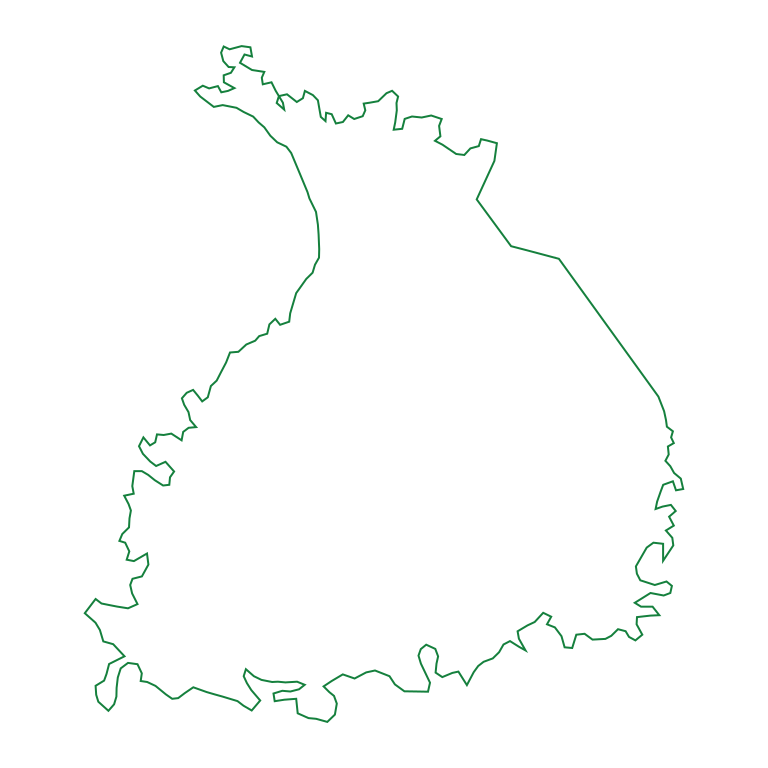 Nova Cantu, Paraná, Brazil (Mercator projection)
{"feature_id": "56859067B67973694135820", "entity_name": "Nova Cantu", "entity_type": "district", "adm_level": 2, "iso_a3": "BRA", "parent_name": "Brazil", "parent_adm1": "Paraná", "projection": "mercator", "projection_center": [-52.583, -24.632], "detail": "fine", "context": "isolated", "style": "outline", "palette": "green", "viewbox_px": 768, "rotation_deg": 0, "n_neighbors": 0, "source": "geoboundaries", "source_scale": "gbopen_adm2", "svg_char_len": 4199}
<svg xmlns="http://www.w3.org/2000/svg" viewBox="0 0 768 768"><path d="M428.0,691.7L430.0,682.7L420.9,663.6L418.5,655.6L420.8,649.1L426.2,644.7L435.3,648.9L438.1,656.4L436.5,663.6L435.6,672.6L442.3,677.1L452.4,672.9L458.4,671.6L466.9,685.1L473.7,672.2L478.2,666.0L483.6,661.8L492.8,658.4L499.1,652.2L503.5,644.5L510.0,641.1L519.2,646.9L525.5,650.4L518.9,638.7L517.6,631.3L527.5,625.4L534.7,622.0L543.2,612.8L551.2,616.7L547.0,624.3L554.9,627.4L561.5,636.2L564.6,647.3L572.2,648.0L576.3,634.7L584.6,633.8L592.5,639.6L605.4,638.9L611.3,635.8L618.0,629.2L625.6,631.2L629.0,636.9L635.4,640.4L642.3,634.7L636.6,624.3L637.0,617.1L650.5,615.6L659.3,615.2L652.6,606.7L641.1,606.7L634.8,602.8L650.5,593.0L663.7,595.5L670.3,593.0L671.9,585.9L666.5,581.5L654.8,585.0L640.3,580.3L636.9,573.7L635.9,566.4L646.7,547.6L653.4,542.7L663.1,543.8L663.1,560.8L673.3,545.4L672.3,537.8L665.9,530.5L673.8,525.6L669.1,516.7L675.7,511.0L670.9,504.9L662.5,506.6L655.6,509.0L657.1,501.7L660.6,491.7L663.2,484.8L672.9,481.3L676.0,490.3L683.2,489.0L680.8,478.6L674.1,473.0L670.3,466.2L665.4,460.8L668.7,454.5L667.9,446.5L673.8,443.1L671.1,437.4L672.9,431.3L666.9,426.7L666.0,420.1L664.1,411.2L658.4,396.6L558.9,258.8L523.9,249.5L511.1,246.2L476.7,199.4L494.4,160.9L496.9,143.2L487.0,140.5L481.0,139.2L478.8,146.1L470.4,148.4L464.3,155.0L456.2,154.0L442.5,144.7L435.0,140.8L440.4,136.3L439.1,125.9L441.7,119.0L431.2,115.5L421.7,117.5L412.0,116.5L404.7,118.9L402.2,128.8L393.7,129.7L395.2,122.4L396.8,110.3L396.5,103.0L398.1,96.5L392.1,90.8L386.5,93.2L378.2,101.2L369.7,102.7L363.7,103.6L365.3,110.3L362.7,116.2L354.2,119.0L348.2,115.3L342.9,122.0L335.9,123.5L331.7,114.2L326.1,112.8L325.5,121.1L320.8,116.9L319.2,107.8L317.9,100.3L312.9,95.1L304.9,90.9L302.9,98.2L296.8,102.0L287.0,94.3L278.9,96.1L275.7,90.8L271.5,82.3L262.8,84.3L261.8,77.7L264.3,71.9L252.0,70.0L240.0,62.8L244.5,54.5L252.0,56.5L250.4,47.3L241.6,46.1L229.6,49.3L223.7,46.5L221.1,52.7L223.3,61.1L228.6,67.0L234.4,67.3L230.9,72.8L223.7,75.3L223.9,82.3L234.4,88.1L228.0,90.9L221.3,92.3L217.9,86.1L209.1,88.4L202.8,85.7L194.9,90.5L200.2,96.5L213.8,106.9L222.7,105.1L236.5,107.8L243.7,112.0L253.2,116.6L258.6,122.4L264.3,127.3L270.3,135.7L277.2,142.3L286.4,146.7L291.2,153.0L300.9,176.2L307.5,192.1L309.4,198.4L316.0,211.9L317.9,224.7L318.6,234.5L319.2,249.1L319.0,257.7L315.0,264.7L312.6,272.7L306.3,278.9L296.2,293.1L290.2,313.3L289.2,321.7L280.1,324.8L275.3,318.8L269.4,324.4L267.2,333.7L259.2,336.1L255.2,340.7L246.3,344.5L238.4,351.8L230.0,352.5L226.1,362.5L221.1,372.0L216.7,380.6L210.9,386.0L207.8,397.3L202.2,401.4L198.0,395.9L193.1,389.9L186.7,392.8L181.9,398.3L184.2,404.8L188.5,412.1L190.2,420.1L196.1,427.1L188.6,427.8L183.2,431.9L181.6,440.3L171.3,433.6L163.7,435.0L157.0,434.4L155.2,442.3L150.0,445.4L143.4,437.4L139.0,446.2L142.9,453.8L150.2,461.5L156.1,466.0L165.5,461.8L174.1,471.5L170.0,477.3L169.3,484.8L163.1,485.5L154.8,480.2L148.2,474.9L141.8,471.1L134.3,471.1L132.3,486.1L133.7,493.7L124.2,495.7L128.6,504.1L130.9,510.5L129.5,518.3L129.0,527.4L122.3,534.0L119.4,540.9L125.2,542.7L129.3,551.4L126.7,559.7L133.9,561.1L147.0,553.5L148.4,564.6L141.9,576.4L132.5,578.8L130.2,585.0L132.1,593.4L137.5,604.1L128.0,608.3L117.2,606.6L110.0,605.2L101.5,603.5L95.6,599.0L84.8,613.2L95.5,622.7L99.9,630.0L103.3,641.4L113.2,644.2L124.5,656.3L109.1,664.0L106.5,674.0L104.1,680.6L95.6,685.8L96.2,694.8L98.3,701.7L108.4,710.8L114.1,704.3L116.4,696.6L116.6,687.9L117.8,677.5L120.7,668.4L128.0,662.9L137.5,664.2L141.8,673.3L140.7,681.0L147.2,682.0L155.5,685.9L165.9,694.4L172.2,698.8L178.2,698.1L184.8,693.1L193.3,687.3L206.8,692.1L214.7,694.4L222.6,696.6L237.5,701.1L243.5,705.7L251.7,710.5L260.2,700.5L251.3,690.1L246.9,683.1L243.7,676.2L245.9,669.2L253.9,676.2L261.5,679.9L272.1,682.0L277.9,681.7L285.4,682.4L297.1,681.7L304.7,684.8L299.0,689.3L290.4,691.5L282.3,690.8L273.5,693.5L274.7,701.2L284.4,699.7L296.2,698.8L297.7,713.3L308.5,718.1L316.1,718.8L327.3,721.9L334.9,714.6L336.8,703.6L334.0,695.9L329.3,692.1L323.6,686.4L331.7,681.0L342.8,674.4L354.6,678.5L366.2,672.4L375.0,670.5L389.5,676.2L394.9,684.4L404.4,691.3L417.1,691.5L428.0,691.7ZM278.9,96.1L282.9,102.7L284.2,109.6L276.7,103.0L278.9,96.1Z" fill="none" stroke="#15803d" stroke-width="2"/></svg>